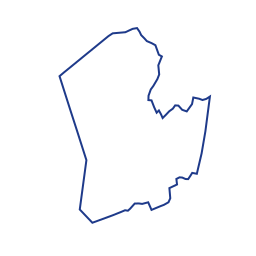 Maraial, Pernambuco, Brazil (Equal Earth projection), rotated 191°
{"feature_id": "56859067B76593573663300", "entity_name": "Maraial", "entity_type": "district", "adm_level": 2, "iso_a3": "BRA", "parent_name": "Brazil", "parent_adm1": "Pernambuco", "projection": "equal_earth", "projection_center": [-35.787, -8.834], "detail": "fine", "context": "isolated", "style": "outline", "palette": "blue", "viewbox_px": 256, "rotation_deg": 191, "n_neighbors": 0, "source": "geoboundaries", "source_scale": "gbopen_adm2", "svg_char_len": 980}
<svg xmlns="http://www.w3.org/2000/svg" viewBox="0 0 256 256"><g transform="rotate(191 128 128)"><path d="M115.2,46.7L112.3,46.8L110.5,49.2L107.0,55.1L103.0,56.0L99.6,56.2L94.0,58.9L89.3,52.1L81.0,57.6L78.1,59.4L74.1,62.8L73.1,67.1L75.9,76.9L69.1,81.9L70.8,87.2L68.0,89.4L65.3,89.7L61.8,88.9L59.2,89.3L57.8,92.6L56.4,96.2L51.7,96.2L50.9,117.1L51.4,139.5L53.6,174.5L56.7,171.5L60.2,169.7L63.8,170.3L69.7,170.4L69.7,163.7L73.5,155.5L78.3,156.2L82.8,159.6L86.0,159.2L87.7,155.5L90.7,152.3L93.5,147.9L95.9,144.4L98.1,147.6L101.0,151.1L102.8,148.5L106.3,153.4L110.2,159.6L113.3,159.3L114.0,163.6L113.0,170.2L111.2,174.0L108.5,181.6L107.6,186.5L110.2,195.3L108.4,204.7L111.7,205.8L116.9,214.5L121.0,215.8L126.1,216.9L129.0,219.1L132.8,221.7L135.0,224.7L138.2,227.8L142.4,226.2L148.9,221.5L161.1,218.0L164.7,214.5L201.5,170.3L205.1,165.8L187.7,134.0L177.2,115.0L162.7,88.5L159.8,38.8L144.9,28.2L126.5,39.3L118.6,44.4L115.2,46.7Z" fill="none" stroke="#1e3a8a" stroke-width="2"/></g></svg>